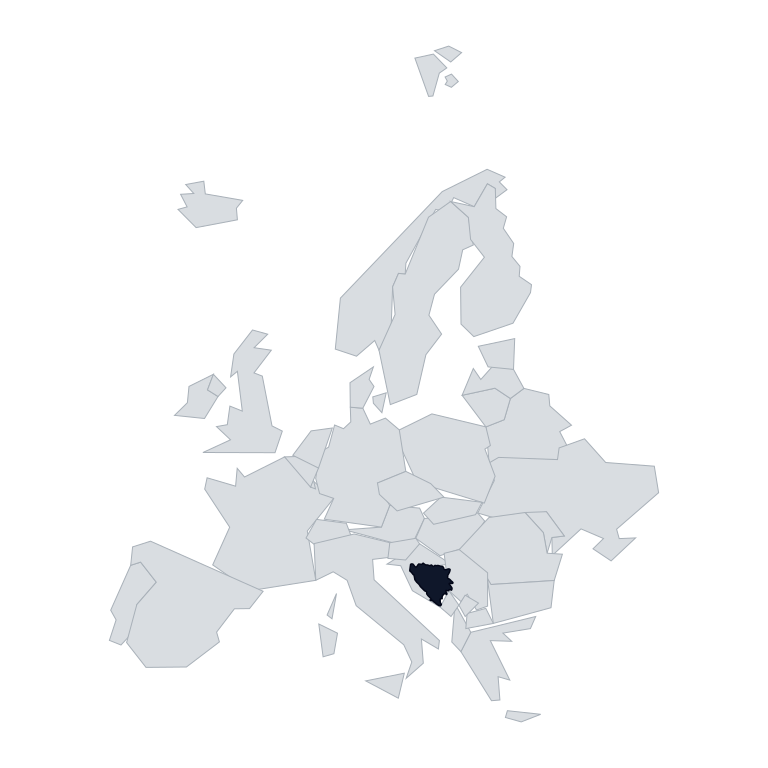 Bosnia and Herzegovina highlighted on a map of Europe
{"feature_id": "BIH", "entity_name": "Bosnia and Herzegovina", "entity_type": "country or territory", "adm_level": 0, "iso_a3": "BIH", "parent_name": "Europe", "parent_adm1": "", "projection": "orthographic", "projection_center": [18.137, 43.918], "detail": "fine", "context": "in_parent", "style": "filled", "palette": "ink", "viewbox_px": 768, "rotation_deg": 0, "n_neighbors": 37, "source": "natural_earth", "source_scale": "50m", "svg_char_len": 9196}
<svg xmlns="http://www.w3.org/2000/svg" viewBox="0 0 768 768"><path d="M414.9,58.1L433.4,54.1L446.8,67.9L439.3,73.1L432.9,96.0L428.6,96.4L414.9,58.1ZM507.0,189.7L494.9,198.6L495.3,188.5L487.4,183.8L474.2,206.7L453.7,197.6L446.6,211.6L435.7,209.4L405.9,263.2L405.2,274.1L398.5,273.4L392.6,286.9L391.0,332.0L379.0,350.2L374.7,340.5L356.5,356.2L335.3,349.1L340.4,298.1L442.2,191.6L487.1,169.3L505.1,177.2L499.3,181.9L507.0,189.7ZM461.6,52.6L450.7,62.0L434.5,50.7L448.7,46.1L461.6,52.6ZM458.3,81.5L451.4,87.3L445.2,84.5L447.3,81.1L445.1,77.0L451.5,74.1L458.3,81.5Z" fill="#d9dde1" stroke="#a8b0b8" stroke-width="1"/><path d="M284.6,456.9L333.7,498.4L307.3,531.0L315.8,580.3L249.8,590.7L212.7,564.9L229.7,527.2L204.7,489.1L207.1,477.8L235.6,486.2L237.2,468.3L244.5,477.0L284.6,456.9ZM327.1,615.0L336.5,593.5L332.0,618.8L327.1,615.0Z" fill="#d9dde1" stroke="#a8b0b8" stroke-width="1"/><path d="M379.0,350.2L395.1,314.5L392.6,286.9L398.5,273.4L405.2,274.1L428.5,217.2L450.6,201.5L468.4,217.4L473.3,245.0L462.7,249.8L458.5,269.2L434.5,294.2L428.9,315.2L441.6,334.1L425.9,354.7L416.8,394.4L390.3,404.6L379.0,350.2Z" fill="#d9dde1" stroke="#a8b0b8" stroke-width="1"/><path d="M523.9,388.4L548.8,394.5L549.8,405.9L571.5,425.2L559.7,431.6L567.0,445.7L557.5,459.6L489.1,462.9L485.9,426.9L504.2,419.7L510.4,398.5L523.9,388.4Z" fill="#d9dde1" stroke="#a8b0b8" stroke-width="1"/><path d="M619.2,538.6L635.6,537.9L611.1,560.9L593.0,548.8L603.5,538.5L581.0,528.9L552.3,555.4L551.9,537.5L564.3,536.0L546.4,511.7L507.5,521.8L477.7,513.0L494.3,480.6L489.1,462.9L498.6,457.4L557.5,459.6L559.1,447.9L584.5,438.8L605.7,462.5L654.3,466.2L658.6,492.7L616.6,529.2L619.2,538.6Z" fill="#d9dde1" stroke="#a8b0b8" stroke-width="1"/><path d="M485.9,426.9L490.4,445.5L484.9,449.1L495.1,476.2L484.3,503.1L416.9,482.4L398.2,441.9L399.3,429.9L431.9,413.9L485.9,426.9Z" fill="#d9dde1" stroke="#a8b0b8" stroke-width="1"/><path d="M424.4,518.5L413.7,540.9L398.6,544.3L344.4,529.8L381.4,527.1L389.7,505.5L419.6,508.1L424.4,518.5Z" fill="#d9dde1" stroke="#a8b0b8" stroke-width="1"/><path d="M477.7,513.0L484.7,521.1L467.8,546.4L440.0,555.7L415.8,538.3L424.4,518.5L477.7,513.0Z" fill="#d9dde1" stroke="#a8b0b8" stroke-width="1"/><path d="M525.0,512.5L546.4,511.7L564.3,536.0L551.9,537.5L547.1,553.2L543.4,532.7L525.0,512.5Z" fill="#d9dde1" stroke="#a8b0b8" stroke-width="1"/><path d="M547.1,553.2L562.4,554.2L554.2,580.5L491.0,584.5L459.2,549.6L489.0,517.5L525.0,512.5L543.4,532.7L547.1,553.2Z" fill="#d9dde1" stroke="#a8b0b8" stroke-width="1"/><path d="M510.4,398.5L504.2,419.7L485.9,426.9L462.1,395.3L494.9,388.2L510.4,398.5Z" fill="#d9dde1" stroke="#a8b0b8" stroke-width="1"/><path d="M513.5,369.4L523.9,388.4L510.4,398.5L494.9,388.2L462.1,395.3L473.3,368.5L480.8,379.5L494.9,363.7L513.5,369.4Z" fill="#d9dde1" stroke="#a8b0b8" stroke-width="1"/><path d="M514.7,338.6L513.5,369.4L488.1,366.9L478.3,346.3L514.7,338.6Z" fill="#d9dde1" stroke="#a8b0b8" stroke-width="1"/><path d="M399.3,429.9L405.8,471.4L377.5,483.0L389.7,505.5L381.4,527.1L324.3,519.2L333.7,498.4L319.6,493.6L315.7,478.4L319.6,451.8L328.6,447.2L334.6,425.0L343.5,428.7L350.8,421.9L350.3,407.2L362.8,408.2L370.3,424.1L385.4,418.1L399.3,429.9Z" fill="#d9dde1" stroke="#a8b0b8" stroke-width="1"/><path d="M487.4,578.2L491.0,584.5L554.2,580.5L551.0,607.7L493.3,623.4L487.4,578.2Z" fill="#d9dde1" stroke="#a8b0b8" stroke-width="1"/><path d="M540.7,714.3L521.2,721.9L505.4,717.5L507.4,710.7L540.7,714.3ZM470.8,632.3L535.7,616.5L530.4,628.6L502.9,633.1L511.7,641.3L490.3,640.6L509.8,680.1L498.1,676.7L499.9,700.0L491.5,700.7L460.9,651.6L470.8,632.3Z" fill="#d9dde1" stroke="#a8b0b8" stroke-width="1"/><path d="M470.8,632.3L460.9,651.6L451.8,642.0L455.0,603.7L470.8,632.3Z" fill="#d9dde1" stroke="#a8b0b8" stroke-width="1"/><path d="M419.6,543.8L450.4,563.8L410.0,570.1L440.2,607.2L412.4,590.7L400.7,565.7L387.0,564.1L419.6,543.8Z" fill="#d9dde1" stroke="#a8b0b8" stroke-width="1"/><path d="M346.3,523.3L352.8,540.4L318.3,547.6L306.0,538.0L316.5,519.4L346.3,523.3Z" fill="#d9dde1" stroke="#a8b0b8" stroke-width="1"/><path d="M313.1,478.6L315.5,488.9L310.5,487.1L313.1,478.6Z" fill="#d9dde1" stroke="#a8b0b8" stroke-width="1"/><path d="M318.5,468.1L310.5,487.1L284.6,456.9L308.9,456.1L318.5,468.1Z" fill="#d9dde1" stroke="#a8b0b8" stroke-width="1"/><path d="M332.3,428.0L318.5,468.1L292.8,455.3L311.1,430.9L332.3,428.0Z" fill="#d9dde1" stroke="#a8b0b8" stroke-width="1"/><path d="M130.7,565.3L140.6,562.1L156.3,582.2L136.8,604.6L135.4,629.5L121.0,645.0L109.4,640.4L116.1,619.9L110.7,610.2L130.7,565.3Z" fill="#d9dde1" stroke="#a8b0b8" stroke-width="1"/><path d="M126.6,642.6L136.8,604.6L156.3,582.2L140.6,562.1L130.7,565.3L132.6,546.9L150.5,541.2L263.1,591.3L249.5,608.6L234.4,608.8L216.6,632.1L219.4,641.9L186.4,667.0L146.0,667.4L126.6,642.6Z" fill="#d9dde1" stroke="#a8b0b8" stroke-width="1"/><path d="M218.0,396.5L204.5,418.5L174.5,415.4L187.4,402.7L189.0,386.4L213.4,374.3L207.5,389.9L218.0,396.5Z" fill="#d9dde1" stroke="#a8b0b8" stroke-width="1"/><path d="M354.2,534.0L389.8,542.7L390.5,557.2L372.6,559.4L374.1,579.8L439.4,640.5L438.4,649.0L421.4,639.0L423.3,663.2L406.2,678.3L411.8,662.0L403.8,644.8L356.2,605.7L347.1,580.3L333.2,571.8L315.8,580.3L314.1,543.6L354.2,534.0ZM365.7,680.9L404.3,673.2L398.3,698.2L365.7,680.9ZM318.8,624.0L337.5,633.2L333.9,653.7L323.1,656.8L318.8,624.0Z" fill="#d9dde1" stroke="#a8b0b8" stroke-width="1"/><path d="M362.8,408.2L350.3,407.2L350.0,382.7L373.4,366.9L369.1,379.4L374.0,386.5L362.8,408.2ZM386.2,392.8L381.9,412.7L373.4,403.3L372.8,396.9L386.2,392.8Z" fill="#d9dde1" stroke="#a8b0b8" stroke-width="1"/><path d="M218.0,396.5L207.5,389.9L213.4,374.3L226.0,387.8L218.0,396.5ZM242.3,411.1L237.4,371.3L230.6,376.9L233.9,354.0L252.5,330.0L267.7,334.2L254.1,347.7L271.3,350.2L254.0,372.9L262.3,376.1L272.0,425.9L282.3,431.1L275.0,452.7L202.9,452.5L230.5,439.8L216.5,426.6L227.3,424.7L229.9,406.1L242.3,411.1Z" fill="#d9dde1" stroke="#a8b0b8" stroke-width="1"/><path d="M242.7,200.4L236.4,208.2L237.4,219.8L196.1,227.6L178.0,209.4L187.1,206.9L180.6,194.3L193.8,193.5L185.7,184.5L203.8,181.2L205.3,193.9L242.7,200.4Z" fill="#d9dde1" stroke="#a8b0b8" stroke-width="1"/><path d="M389.8,542.7L415.8,538.3L419.6,543.8L405.6,560.0L387.9,558.4L389.8,542.7Z" fill="#d9dde1" stroke="#a8b0b8" stroke-width="1"/><path d="M495.3,188.5L495.9,208.6L506.6,216.8L503.3,228.3L513.7,243.5L511.9,256.5L520.0,266.4L519.2,276.3L531.5,284.7L530.5,292.6L513.0,323.2L473.8,336.6L461.0,324.1L460.6,287.2L484.4,257.2L470.6,239.5L468.4,217.4L450.6,201.5L474.2,206.7L487.4,183.8L495.3,188.5Z" fill="#d9dde1" stroke="#a8b0b8" stroke-width="1"/><path d="M482.0,502.3L475.5,514.7L433.6,524.3L423.5,513.1L440.8,497.1L482.0,502.3Z" fill="#d9dde1" stroke="#a8b0b8" stroke-width="1"/><path d="M405.8,471.4L430.7,483.6L443.9,497.1L397.1,510.9L379.4,494.4L377.5,483.0L405.8,471.4Z" fill="#d9dde1" stroke="#a8b0b8" stroke-width="1"/><path d="M485.8,608.4L493.3,623.4L465.8,628.6L467.1,613.4L485.8,608.4Z" fill="#d9dde1" stroke="#a8b0b8" stroke-width="1"/><path d="M444.1,553.3L459.2,549.6L487.6,572.8L487.6,606.1L476.5,610.0L467.2,594.2L461.0,601.6L448.9,590.7L444.1,553.3Z" fill="#d9dde1" stroke="#a8b0b8" stroke-width="1"/><path d="M458.9,605.2L451.0,616.5L440.2,607.2L448.9,590.7L458.9,605.2Z" fill="#d9dde1" stroke="#a8b0b8" stroke-width="1"/><path d="M465.2,616.5L458.9,605.2L465.1,595.2L478.5,603.1L465.2,616.5Z" fill="#d9dde1" stroke="#a8b0b8" stroke-width="1"/><path d="M450.0,569.4L450.1,569.7L449.9,570.9L449.4,572.3L448.7,573.7L447.9,575.0L447.7,575.6L447.7,576.7L447.6,577.6L447.7,578.0L448.0,578.5L448.9,578.8L450.1,579.7L451.1,580.8L452.5,582.0L452.9,582.5L452.9,583.0L452.5,583.4L451.4,583.5L450.2,583.4L449.7,583.3L449.3,583.5L449.1,583.8L449.2,584.1L450.4,585.6L451.9,587.8L452.0,588.8L451.8,589.5L451.5,590.1L450.9,590.0L450.5,589.6L449.8,589.6L449.3,589.7L448.6,590.6L448.2,590.5L447.7,590.7L447.3,590.8L446.7,590.6L446.1,590.4L445.8,590.7L445.7,591.2L446.1,592.0L446.8,593.3L446.7,594.4L446.2,594.5L445.7,593.6L445.2,593.5L444.7,593.5L443.5,594.5L442.7,595.4L442.5,595.9L442.2,596.6L442.1,597.0L442.1,598.6L440.6,598.8L440.3,599.0L440.1,599.5L440.2,601.4L440.3,602.5L441.2,604.1L441.3,604.6L441.1,605.0L440.5,605.6L440.2,605.8L439.0,605.5L438.5,605.3L436.4,603.9L435.5,603.1L434.0,602.0L433.1,601.4L432.7,600.5L432.0,600.3L431.2,600.6L430.2,600.0L430.9,599.6L431.0,599.3L431.0,598.9L430.7,598.3L428.1,595.8L426.9,594.2L426.7,593.6L426.7,592.0L426.4,591.6L424.6,590.8L422.5,588.7L420.4,586.6L420.1,586.1L419.1,584.5L417.7,583.1L416.7,582.2L415.9,581.1L414.9,579.7L414.5,577.5L414.1,575.6L413.8,574.8L413.2,574.6L411.4,572.3L409.8,570.9L409.9,569.5L410.2,567.1L410.6,564.4L411.0,564.1L411.7,563.9L412.5,564.0L413.2,564.3L414.6,566.2L415.4,566.9L416.1,567.2L416.9,566.5L417.9,564.9L418.8,564.0L421.7,564.4L423.1,563.2L425.4,564.8L426.3,565.1L426.8,564.9L427.6,565.0L429.2,565.5L429.5,565.7L430.0,565.7L431.2,565.0L431.6,565.1L433.0,566.4L433.6,566.4L434.5,565.8L435.0,565.4L436.6,565.7L437.4,565.5L438.2,565.5L439.0,565.7L439.7,566.0L440.4,566.2L442.4,566.4L443.3,567.2L443.7,567.9L443.7,568.4L443.8,568.9L444.3,569.4L445.5,569.7L446.2,569.6L446.6,569.6L447.6,569.1L448.8,568.9L449.6,569.1L450.0,569.4Z" fill="#0f172a" stroke="#020617" stroke-width="1.5"/></svg>